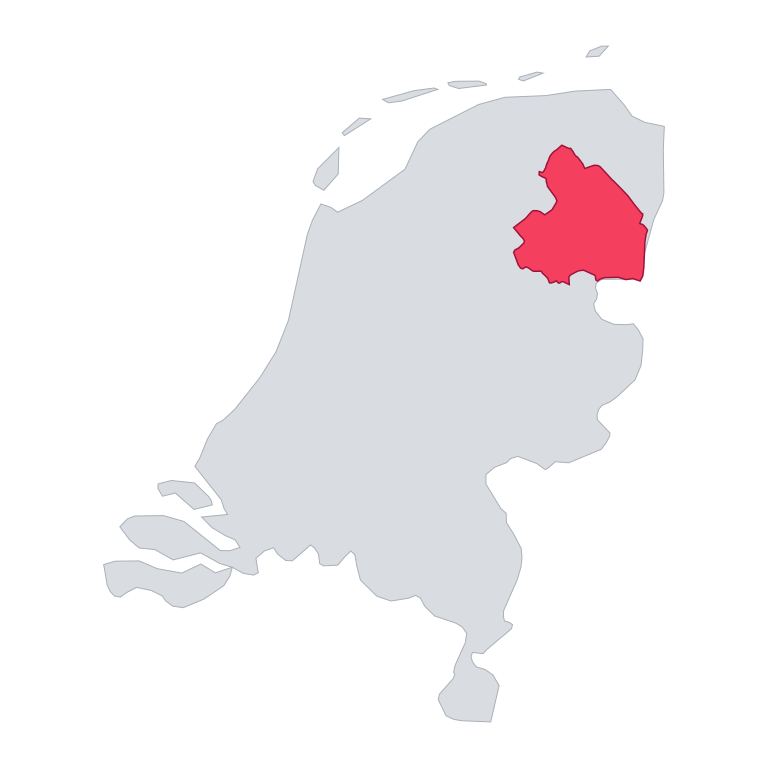 Netherlands, with Drenthe highlighted
{"feature_id": "NLD-894", "entity_name": "Drenthe", "entity_type": "Province", "adm_level": 1, "iso_a3": "NLD", "parent_name": "Netherlands", "parent_adm1": "", "projection": "albers", "projection_center": [6.524, 52.908], "detail": "fine", "context": "in_parent", "style": "filled", "palette": "rose", "viewbox_px": 768, "rotation_deg": 0, "n_neighbors": 0, "source": "natural_earth", "source_scale": "10m", "svg_char_len": 4674}
<svg xmlns="http://www.w3.org/2000/svg" viewBox="0 0 768 768"><path d="M490.7,721.9L475.6,721.3L461.4,720.7L454.0,719.4L446.1,715.8L442.5,708.4L438.2,699.5L439.5,694.1L452.9,678.9L454.9,674.6L453.6,672.3L455.0,665.6L465.3,642.7L466.7,633.5L462.3,627.0L455.8,623.1L434.7,616.0L424.8,606.3L420.2,597.9L415.5,595.4L408.6,598.2L391.0,601.0L376.9,596.2L360.4,580.0L356.8,565.8L354.9,554.8L350.8,551.0L345.1,556.5L337.8,565.1L323.7,565.9L319.7,563.7L319.1,558.8L318.5,554.1L314.7,548.2L310.6,544.9L292.4,560.8L285.8,560.5L277.6,554.0L273.6,547.8L264.3,551.0L255.9,558.4L258.3,572.7L253.8,575.1L243.6,573.5L232.3,567.3L219.6,563.4L200.6,552.9L173.2,559.9L154.8,549.6L139.2,548.0L129.8,540.1L119.8,526.8L127.6,518.7L134.9,516.0L163.5,515.6L184.0,521.5L220.4,550.6L229.9,550.7L240.0,547.5L235.1,539.8L225.9,535.9L212.3,527.9L201.6,517.0L227.6,514.5L224.2,508.9L221.1,499.6L194.9,466.3L199.9,457.7L207.4,439.1L216.4,423.8L223.4,419.9L234.9,409.2L260.0,377.5L276.1,351.6L288.4,320.5L307.3,234.6L312.5,220.1L320.9,204.0L330.8,207.3L337.6,212.2L362.4,200.4L405.0,169.2L417.8,141.8L430.1,129.1L478.4,104.6L504.9,97.3L545.7,95.6L575.2,91.1L610.6,89.4L624.1,104.8L632.0,116.1L644.7,122.3L664.3,126.4L663.3,148.8L663.9,192.9L662.5,200.8L653.8,219.5L644.6,253.0L642.3,275.0L639.5,279.2L601.7,279.3L596.3,283.1L595.5,287.9L597.5,293.5L596.6,299.1L593.6,303.7L595.3,311.0L601.8,319.3L613.9,324.3L626.7,324.7L633.3,323.8L638.2,329.7L643.0,338.8L642.7,350.2L641.0,365.6L635.0,379.9L617.4,396.4L609.6,402.2L602.1,405.2L598.6,409.5L597.0,415.0L597.4,419.9L610.0,433.0L609.7,436.0L606.1,442.9L601.2,449.3L568.7,462.8L555.3,461.7L547.6,468.4L545.2,469.6L536.7,463.5L517.7,456.3L510.5,458.7L506.6,462.6L494.6,467.2L486.0,474.5L485.9,484.0L500.9,508.6L506.2,513.4L506.4,522.6L513.7,534.1L521.2,548.5L522.0,557.7L521.0,566.9L517.1,580.0L503.6,610.7L503.4,616.6L504.5,621.0L509.1,622.3L512.5,624.6L511.5,628.7L486.4,649.9L483.1,653.6L472.6,652.5L471.0,656.0L472.4,661.8L476.4,666.9L485.3,669.6L493.0,675.0L499.1,685.7L490.7,721.9ZM232.3,567.3L229.9,576.1L223.8,585.7L203.9,599.1L183.2,607.7L172.8,606.1L165.8,601.0L162.1,595.8L151.4,590.5L136.6,587.4L127.1,592.3L120.2,597.1L114.5,596.0L110.3,591.6L107.2,585.0L103.7,564.5L115.0,561.2L139.0,560.9L157.4,568.7L181.7,573.1L200.8,564.0L215.3,572.8L232.3,567.3ZM194.6,483.0L208.4,496.3L211.3,500.5L212.3,504.9L194.0,509.4L175.3,493.0L162.5,496.2L158.0,488.6L158.1,483.9L171.4,480.5L194.6,483.0ZM338.2,174.0L323.8,190.3L315.4,185.5L313.0,181.5L317.7,168.7L338.9,147.5L338.2,174.0ZM401.6,101.1L388.5,102.8L382.6,99.4L414.3,90.6L434.2,88.0L437.7,89.4L401.6,101.1ZM486.4,85.0L458.7,88.5L449.4,85.6L447.9,82.8L455.4,81.3L479.0,81.1L486.2,83.6L486.4,85.0ZM370.7,118.9L344.4,135.6L342.2,132.8L359.3,118.1L370.7,118.9ZM599.1,56.2L586.1,57.0L589.8,50.8L601.8,46.1L608.3,46.1L599.1,56.2ZM543.0,73.1L523.3,81.0L518.6,79.3L519.8,77.0L537.0,72.1L543.0,73.1Z" fill="#d9dde1" stroke="#a8b0b8" stroke-width="1"/><path d="M647.5,230.3L646.1,234.4L644.9,242.2L643.8,267.6L642.8,275.9L640.2,281.0L635.1,279.4L633.0,278.5L625.9,279.6L618.4,277.3L604.8,277.6L600.0,279.1L597.5,281.0L597.4,280.9L595.9,280.0L595.5,278.1L595.6,276.3L595.0,275.7L594.2,275.0L583.9,270.3L582.1,270.3L577.9,271.0L571.0,274.6L569.2,276.5L568.9,277.6L569.3,284.6L563.4,281.8L562.5,281.6L561.4,281.6L560.8,282.3L559.7,283.0L558.8,283.1L558.1,282.8L557.5,282.2L556.8,281.1L556.4,280.8L556.1,280.7L555.3,281.4L554.3,282.0L551.0,283.0L550.0,283.0L549.4,282.7L549.3,282.3L548.1,279.2L547.0,277.5L544.5,275.0L542.4,273.2L541.3,271.3L540.7,271.2L533.8,271.3L532.6,270.9L528.3,267.8L526.0,267.0L525.0,267.2L524.2,267.9L523.0,268.7L522.2,268.7L521.1,268.4L520.5,267.9L520.1,267.5L519.1,265.8L518.4,265.2L513.6,252.3L515.0,249.9L518.7,248.0L523.9,243.0L524.5,241.0L523.3,238.9L521.8,237.2L520.7,236.2L513.6,227.6L525.7,218.3L530.4,212.9L531.4,211.9L533.0,210.7L536.8,210.7L539.9,211.5L544.7,214.8L551.5,210.2L552.3,209.3L556.2,202.8L556.6,201.5L556.9,200.5L555.1,196.9L547.5,186.5L547.0,183.9L546.2,181.5L546.4,180.3L546.0,178.9L545.7,178.3L541.7,176.5L539.5,175.2L539.1,174.8L539.3,171.6L542.2,172.5L543.4,171.9L545.7,167.7L546.3,165.4L546.8,163.9L548.6,160.1L549.0,158.9L549.1,158.3L550.1,156.0L552.2,153.3L554.1,151.4L556.7,149.8L561.8,145.2L566.5,147.4L569.0,148.5L570.6,148.3L573.0,151.6L575.3,155.6L575.7,156.0L576.5,156.3L577.9,157.5L582.8,164.0L584.3,167.6L584.5,167.9L584.8,168.4L585.6,168.2L594.3,165.2L598.1,165.6L599.4,166.3L600.2,166.9L605.2,172.2L611.4,179.0L614.8,182.3L617.4,184.9L622.4,190.0L627.9,195.8L634.6,204.8L641.6,213.4L642.6,213.7L642.7,214.7L642.7,215.6L639.7,223.5L642.6,224.5L644.1,225.7L646.7,228.9L647.4,230.2L647.5,230.3Z" fill="#f43f5e" stroke="#9f1239" stroke-width="1.5"/></svg>